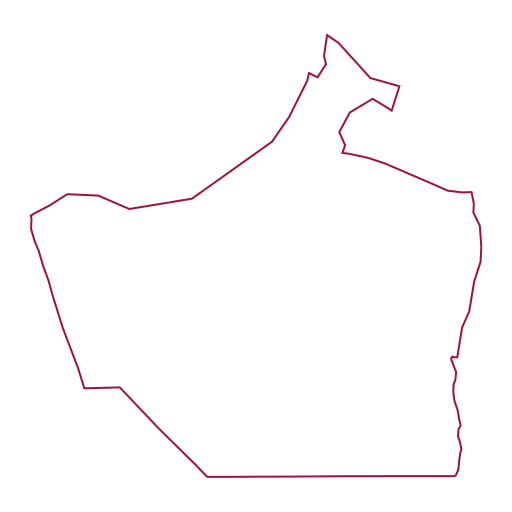 the district of As Salam / Ar Rawat, White Nile, Sudan
{"feature_id": "16777658B2941917788931", "entity_name": "As Salam / Ar Rawat", "entity_type": "district", "adm_level": 2, "iso_a3": "SDN", "parent_name": "Sudan", "parent_adm1": "White Nile", "projection": "albers", "projection_center": [32.362, 12.482], "detail": "fine", "context": "isolated", "style": "outline", "palette": "rose", "viewbox_px": 512, "rotation_deg": 0, "n_neighbors": 0, "source": "geoboundaries", "source_scale": "gbopen_adm2", "svg_char_len": 1644}
<svg xmlns="http://www.w3.org/2000/svg" viewBox="0 0 512 512"><path d="M207.3,476.9L245.5,476.8L251.3,476.7L255.4,476.7L256.5,476.7L257.6,476.7L258.0,476.7L258.4,476.7L258.7,476.7L258.9,476.7L259.2,476.7L259.5,476.7L259.8,476.7L260.1,476.7L260.4,476.7L260.8,476.7L261.2,476.7L287.3,476.6L347.0,476.2L454.4,476.1L455.9,475.1L458.0,470.6L458.6,467.3L459.1,461.2L460.3,452.8L461.4,449.4L460.8,446.3L460.1,442.8L459.3,439.8L458.0,436.7L458.5,429.3L460.6,425.9L460.6,425.3L459.1,419.1L457.7,410.3L454.5,401.0L453.3,392.2L453.5,385.0L455.4,379.5L456.1,372.0L453.8,366.2L452.1,361.3L451.3,360.1L451.3,358.3L451.2,357.9L451.7,357.4L452.0,357.2L452.5,356.7L452.7,357.2L457.3,357.3L457.3,357.1L462.1,327.5L469.2,311.5L474.2,281.4L479.3,265.6L480.6,261.6L481.3,246.9L479.8,225.7L473.4,212.5L473.8,203.4L471.5,192.1L462.2,192.4L447.8,190.7L435.2,185.1L384.3,163.2L368.1,157.9L349.8,153.9L342.4,152.9L345.1,145.2L339.3,132.1L349.8,112.5L372.6,98.8L389.0,108.8L391.7,110.6L399.4,86.3L397.6,85.7L370.4,78.1L351.3,57.0L338.4,42.8L327.1,35.1L324.0,55.9L326.0,64.1L317.6,77.3L309.0,73.1L307.2,80.8L289.3,116.7L272.0,141.7L191.9,198.7L185.1,199.8L129.3,209.0L98.3,195.6L67.3,194.2L49.3,205.6L34.2,213.5L30.7,215.7L31.5,218.7L31.2,226.3L31.1,229.0L34.8,241.7L38.6,250.4L38.7,250.9L43.4,266.7L48.6,280.9L52.4,294.7L62.8,328.0L75.8,362.2L78.1,368.2L84.3,388.3L84.8,388.3L119.7,387.4L119.9,387.5L158.4,428.1L191.4,460.7L194.6,463.8L195.0,464.2L195.3,464.4L195.3,464.5L196.2,465.4L196.5,465.7L197.6,466.9L197.8,467.1L198.2,467.5L198.7,468.0L199.2,468.6L203.0,472.5L203.3,472.8L203.6,473.1L205.7,475.3L207.3,476.9Z" fill="none" stroke="#9f1239" stroke-width="2"/></svg>